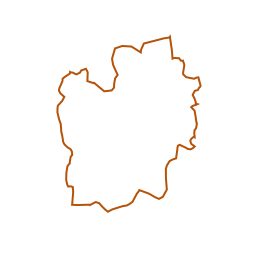 outline of El-Ibrahimiya, Ash Sharqiyah, Egypt, rotated 331°
{"feature_id": "37247803B97743479870089", "entity_name": "El-Ibrahimiya", "entity_type": "district", "adm_level": 2, "iso_a3": "EGY", "parent_name": "Egypt", "parent_adm1": "Ash Sharqiyah", "projection": "robinson", "projection_center": [31.565, 30.732], "detail": "fine", "context": "isolated", "style": "outline", "palette": "amber", "viewbox_px": 256, "rotation_deg": 331, "n_neighbors": 0, "source": "geoboundaries", "source_scale": "gbopen_adm2", "svg_char_len": 2201}
<svg xmlns="http://www.w3.org/2000/svg" viewBox="0 0 256 256"><g transform="rotate(331 128 128)"><path d="M208.9,68.5L208.0,68.9L202.9,67.0L192.8,64.4L191.0,63.9L189.7,63.6L182.9,61.8L180.3,63.7L177.7,65.6L175.8,68.1L174.9,66.4L171.5,60.2L170.3,58.3L162.8,53.5L155.3,52.1L152.7,54.6L149.9,57.4L147.6,59.7L145.6,65.5L145.0,72.1L144.7,76.5L140.9,78.3L137.7,82.1L135.7,85.3L135.1,86.0L131.9,87.2L125.0,84.4L120.2,72.0L119.6,72.0L117.2,69.5L115.2,67.3L119.8,59.7L119.9,55.8L114.8,55.0L112.9,56.3L111.7,56.2L109.1,56.2L107.9,54.9L106.7,52.9L104.8,51.5L104.5,50.9L103.5,52.2L97.2,52.7L94.7,53.2L93.4,55.2L90.2,57.7L87.6,59.6L86.2,61.1L85.7,62.1L85.6,64.7L87.4,69.9L85.5,71.2L83.6,72.4L79.8,73.7L77.8,74.3L76.6,75.5L75.1,78.0L73.9,80.0L71.9,87.1L71.2,91.6L69.2,96.1L67.9,98.7L67.2,101.3L66.6,103.2L64.5,109.0L64.5,111.6L65.7,115.5L67.5,118.8L67.5,119.7L67.5,121.4L66.1,124.6L64.2,125.2L63.6,125.8L61.0,129.0L59.7,130.9L59.1,130.9L56.5,132.1L53.9,135.3L52.0,137.9L48.7,143.6L48.0,146.1L47.4,148.1L47.3,150.1L49.8,151.4L51.1,152.8L49.1,157.3L41.9,168.1L46.3,170.8L55.0,175.3L56.9,176.3L57.1,176.9L63.8,177.1L66.3,179.7L67.5,184.9L68.7,188.8L69.9,191.5L71.2,191.5L74.9,191.6L81.8,193.0L85.6,193.8L89.4,195.2L93.1,195.2L96.3,194.7L98.2,193.4L102.1,190.9L104.0,189.7L104.9,189.3L107.1,188.4L107.8,187.8L114.6,195.7L118.2,201.7L120.7,205.0L125.1,205.1L132.1,200.7L136.8,190.4L141.3,182.1L143.9,179.6L148.4,177.1L152.2,177.2L155.3,177.9L161.1,170.2L161.8,169.0L163.1,167.7L163.8,167.7L165.0,167.7L169.3,173.7L169.5,174.1L169.9,175.0L172.4,177.0L174.9,177.1L177.4,176.5L175.6,172.5L176.3,169.3L178.2,168.1L181.4,167.5L181.8,168.4L182.2,167.7L183.5,164.4L184.1,163.8L184.8,162.5L187.3,161.2L188.0,160.6L189.9,158.1L190.5,157.4L190.6,156.1L192.6,151.0L194.6,145.2L193.4,140.4L195.3,140.0L198.5,140.7L200.3,140.8L199.1,139.5L199.8,138.2L200.5,134.3L200.6,130.4L204.4,127.9L207.5,128.6L209.5,127.4L211.4,126.8L212.0,126.1L214.1,117.8L212.2,117.1L209.7,117.0L203.5,111.7L202.3,107.8L202.9,106.5L204.9,103.9L207.5,100.7L208.2,98.8L208.2,98.2L208.7,95.7L208.2,95.6L207.0,94.9L206.4,91.6L205.2,91.0L203.3,89.6L201.4,88.9L200.6,88.9L204.1,81.2L205.8,76.6L208.9,68.5Z" fill="none" stroke="#b45309" stroke-width="2"/></g></svg>